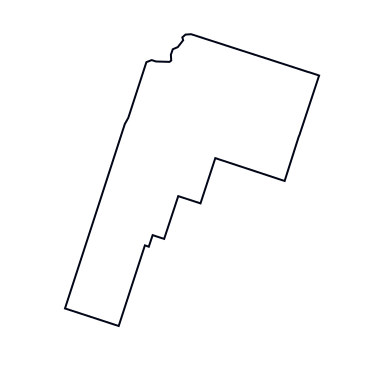 Bonneville, Idaho, United States of America (Mercator projection), rotated 288°
{"feature_id": "52423323B55916702614630", "entity_name": "Bonneville", "entity_type": "district", "adm_level": 2, "iso_a3": "USA", "parent_name": "United States of America", "parent_adm1": "Idaho", "projection": "mercator", "projection_center": [-111.357, 43.323], "detail": "fine", "context": "isolated", "style": "outline", "palette": "ink", "viewbox_px": 384, "rotation_deg": 288, "n_neighbors": 0, "source": "geoboundaries", "source_scale": "gbopen_adm2", "svg_char_len": 776}
<svg xmlns="http://www.w3.org/2000/svg" viewBox="0 0 384 384"><g transform="rotate(288 192 192)"><path d="M231.1,276.7L277.8,276.4L279.2,276.6L342.0,276.9L342.0,276.0L342.1,275.5L342.1,275.4L342.1,274.9L342.1,274.2L342.1,270.8L342.1,269.9L342.1,269.4L342.1,267.0L342.0,265.5L342.0,263.9L342.0,263.3L342.0,262.2L342.0,233.0L342.0,232.9L342.0,230.9L342.0,229.6L342.0,227.8L341.9,194.3L341.8,142.4L339.7,137.2L336.1,135.0L333.6,136.7L325.4,133.7L321.8,129.6L316.0,129.5L310.6,131.6L308.8,130.4L305.0,117.4L305.0,112.9L301.4,108.5L269.7,108.5L242.9,108.5L235.9,107.1L223.7,107.1L151.0,107.2L42.0,107.2L41.9,163.7L126.7,163.7L126.6,167.8L138.8,167.9L138.8,180.0L158.7,180.1L183.8,180.2L183.8,203.6L231.4,203.7L231.1,276.7Z" fill="none" stroke="#020617" stroke-width="2"/></g></svg>